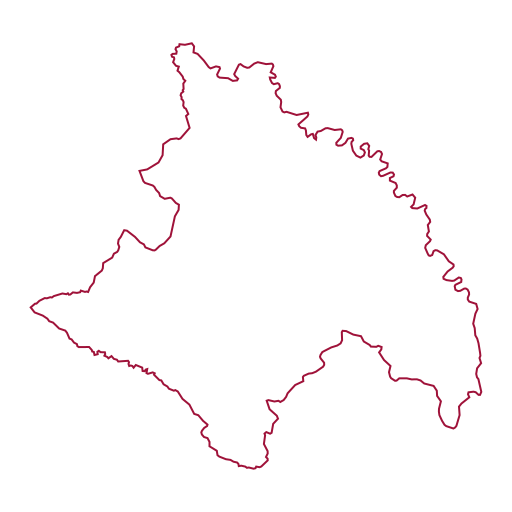 Uberlândia, Minas Gerais, Brazil
{"feature_id": "56859067B26403071497163", "entity_name": "Uberlândia", "entity_type": "district", "adm_level": 2, "iso_a3": "BRA", "parent_name": "Brazil", "parent_adm1": "Minas Gerais", "projection": "albers", "projection_center": [-48.327, -19.004], "detail": "fine", "context": "isolated", "style": "outline", "palette": "rose", "viewbox_px": 512, "rotation_deg": 0, "n_neighbors": 0, "source": "geoboundaries", "source_scale": "gbopen_adm2", "svg_char_len": 5994}
<svg xmlns="http://www.w3.org/2000/svg" viewBox="0 0 512 512"><path d="M179.5,44.2L179.2,46.3L176.0,47.6L175.5,49.2L176.7,51.4L176.3,53.7L172.6,53.9L171.4,54.9L172.0,56.7L174.0,57.4L174.3,59.0L173.1,62.2L176.0,65.8L178.8,66.6L177.5,70.7L179.3,72.2L182.7,76.6L183.4,79.0L185.3,80.8L183.3,83.6L183.6,89.0L182.7,90.2L183.3,91.6L181.2,93.3L180.6,95.3L181.6,97.1L181.5,99.1L182.9,100.3L183.6,102.1L183.2,105.6L184.3,107.8L185.9,108.7L188.3,114.0L186.0,116.0L189.6,127.9L180.5,138.4L178.6,139.1L176.6,138.4L170.5,139.2L163.2,144.3L162.6,155.2L158.5,162.5L147.2,169.4L139.5,170.9L143.4,181.2L145.0,182.9L152.8,185.5L154.4,186.9L156.1,189.9L159.1,193.0L160.1,196.1L164.7,198.8L170.3,197.7L171.8,198.4L175.8,202.9L178.9,204.7L178.6,209.9L174.9,216.3L170.5,236.5L164.3,243.3L159.6,246.0L155.8,249.7L154.6,250.4L152.8,250.3L145.4,247.4L143.9,244.4L140.0,242.3L135.0,236.9L127.0,230.7L124.2,230.2L120.8,236.9L118.6,239.8L118.0,243.6L119.3,246.9L118.2,250.4L117.2,251.9L113.9,253.7L112.2,257.6L103.2,263.1L102.8,268.3L101.8,270.6L95.0,276.1L93.7,282.6L90.1,287.2L88.1,292.0L86.6,291.5L85.0,291.9L80.8,290.6L80.2,292.2L77.0,292.9L72.9,292.4L70.3,294.5L68.9,294.7L67.9,293.3L66.4,294.2L62.4,293.5L53.8,296.1L51.9,297.5L50.3,297.2L46.9,298.3L44.7,298.1L39.4,300.8L36.5,303.6L35.0,303.7L30.7,307.4L34.6,312.4L42.8,315.6L47.4,318.7L49.2,321.2L53.1,322.6L59.1,328.5L65.3,330.6L67.0,332.8L69.5,338.6L71.6,339.4L74.0,342.6L76.9,344.1L77.4,346.2L78.9,347.1L89.1,347.0L91.8,350.0L92.2,351.5L93.8,351.9L94.5,355.0L97.7,354.2L97.4,351.8L98.8,350.8L100.6,352.2L104.9,352.3L105.2,354.1L104.4,355.7L107.3,357.0L108.4,358.3L111.5,356.1L113.9,358.9L116.9,359.7L118.2,361.5L128.1,360.8L129.0,362.2L128.5,363.9L129.2,366.0L130.8,365.5L132.4,366.0L133.6,367.7L135.8,365.0L142.2,367.6L142.6,371.0L144.7,371.2L145.7,369.6L147.2,369.1L146.5,373.1L147.9,373.8L152.7,372.4L154.7,373.3L154.0,374.7L159.4,380.1L161.3,380.4L163.6,384.3L167.4,386.5L168.9,388.7L173.9,390.7L175.3,390.1L177.8,391.5L182.5,398.9L189.4,404.6L194.2,413.9L198.3,415.2L203.1,420.9L207.5,424.6L207.1,426.0L204.2,427.9L202.0,430.7L201.3,432.4L201.9,434.5L204.0,437.0L207.5,438.1L209.5,441.9L209.5,446.3L216.8,450.8L217.5,455.2L219.3,456.6L225.9,459.2L230.5,459.9L233.5,461.7L237.1,462.5L238.4,463.9L238.8,466.1L241.3,465.7L245.3,466.6L246.9,467.8L248.8,467.5L253.6,468.7L255.5,468.2L256.2,466.6L259.6,467.2L261.3,466.5L267.7,460.4L267.6,458.7L266.0,457.0L267.7,453.5L267.6,451.1L263.9,444.0L265.1,435.3L264.5,433.6L266.3,432.1L270.1,433.7L271.6,432.8L273.2,423.8L278.0,418.7L276.8,415.7L269.6,409.3L266.7,400.7L268.4,400.1L274.4,401.5L278.5,400.8L280.3,402.0L281.8,401.1L283.6,400.1L286.1,396.9L287.6,393.3L295.2,385.0L303.3,381.2L302.9,377.0L303.8,375.8L308.7,373.6L312.2,373.2L315.9,371.7L323.1,366.7L324.2,364.8L324.1,362.7L320.7,358.5L320.0,356.8L320.5,355.0L322.3,352.1L324.1,351.1L331.3,347.4L337.3,345.5L340.6,343.4L342.1,340.2L341.8,332.2L342.6,330.8L346.2,331.1L353.3,334.6L361.0,336.2L363.8,341.5L369.7,345.0L370.9,346.6L376.4,346.8L378.2,345.8L381.6,347.0L381.3,349.4L379.1,352.4L384.0,360.0L390.5,366.0L389.0,372.2L390.1,376.6L391.1,378.2L395.1,380.8L396.6,380.6L399.3,378.3L406.7,378.3L411.6,379.4L416.9,379.3L420.6,380.5L424.2,383.5L433.6,385.9L436.8,390.7L437.1,395.9L440.9,401.3L439.0,408.7L438.9,411.6L439.4,415.1L442.0,420.7L444.5,424.8L446.2,426.1L453.4,428.5L455.1,427.5L456.4,425.9L459.6,415.1L459.0,406.6L461.5,403.5L469.3,397.3L468.0,394.2L468.5,392.3L473.5,391.7L475.7,392.2L478.6,394.9L480.0,394.9L481.3,391.9L478.4,379.1L477.0,377.3L476.2,373.9L477.1,368.3L481.1,363.2L479.5,358.0L480.4,355.8L480.1,353.0L478.5,343.2L477.2,338.6L475.3,335.3L474.7,328.1L473.2,323.7L475.4,313.6L477.6,309.0L476.2,303.9L469.2,301.6L467.8,299.5L467.8,297.6L469.1,294.5L469.0,292.4L467.6,289.6L465.8,288.5L464.2,288.6L460.3,290.8L458.0,291.1L455.4,289.7L454.7,286.2L455.4,284.8L461.2,282.0L461.5,279.5L460.8,278.0L458.8,277.5L454.2,280.6L452.1,280.9L446.5,280.1L443.6,278.8L443.3,276.9L447.6,271.5L452.7,267.7L453.7,266.2L453.5,264.5L448.8,261.3L443.9,254.3L437.2,250.4L435.3,250.2L433.6,251.1L432.2,255.0L430.1,255.9L428.7,255.4L427.7,253.6L425.2,247.9L425.8,245.2L430.0,241.2L430.7,239.6L427.1,235.9L427.2,234.0L428.9,231.5L427.8,225.0L430.2,221.9L429.8,219.6L426.3,214.5L424.7,210.7L425.1,209.1L426.4,208.0L426.5,205.9L425.0,205.0L417.3,208.5L412.3,208.1L411.1,206.9L413.6,204.4L415.2,197.7L412.5,194.5L407.2,196.5L405.1,194.9L402.6,195.0L399.3,197.2L397.1,197.0L395.4,196.0L393.9,192.6L393.9,190.9L396.8,187.7L396.8,185.4L395.6,183.0L389.9,180.6L389.9,178.0L393.5,176.3L394.0,174.5L392.7,172.6L390.4,172.5L383.1,175.8L381.0,176.2L379.2,174.6L378.8,172.7L379.6,171.1L386.0,168.3L387.4,166.9L387.7,163.4L381.6,161.3L380.2,159.5L382.0,154.0L381.1,152.0L379.1,151.0L377.3,151.3L371.5,156.9L369.6,156.8L368.7,155.6L369.1,150.6L368.3,149.2L369.2,145.9L367.3,143.3L364.1,143.8L360.7,146.6L360.7,148.6L363.8,150.1L364.9,152.4L363.8,155.5L360.4,157.6L356.3,155.6L352.9,150.7L351.3,143.8L351.6,141.9L353.2,140.2L352.9,138.6L351.5,137.9L348.0,138.6L345.4,142.9L341.9,145.4L338.1,145.7L336.4,144.7L336.3,142.8L340.8,137.9L342.7,131.9L342.2,130.3L340.8,129.3L334.7,130.0L327.7,128.1L325.5,128.3L320.8,131.0L317.6,131.6L315.5,135.0L316.3,137.4L316.0,139.6L314.1,138.1L312.8,133.9L311.1,134.3L307.6,136.9L306.3,135.0L305.9,130.4L305.1,128.4L301.0,127.8L299.2,126.2L298.4,124.4L307.4,116.5L308.3,114.5L307.9,112.7L296.6,115.0L286.5,111.8L284.3,112.4L282.5,111.5L280.5,107.3L281.2,102.0L280.8,99.7L276.7,95.7L275.6,93.1L275.9,91.0L279.8,87.9L279.9,86.2L279.1,84.1L277.7,83.2L273.8,84.2L272.0,83.0L270.2,79.5L269.8,77.5L274.9,77.9L275.8,76.6L275.0,74.7L270.7,72.3L273.4,66.2L272.9,64.5L271.8,63.6L266.1,64.1L257.8,62.2L254.2,63.6L249.3,67.5L247.2,67.8L243.6,66.4L240.5,64.1L238.9,64.7L234.2,74.1L235.2,76.0L238.1,78.7L237.1,80.4L232.8,80.9L228.1,78.2L219.6,77.6L217.7,76.4L217.1,74.5L220.0,68.6L219.5,67.1L216.0,66.4L210.5,68.4L208.7,67.1L203.8,60.5L197.6,53.9L193.5,52.4L194.1,46.4L191.8,43.3L185.0,44.8L179.5,44.2Z" fill="none" stroke="#9f1239" stroke-width="2"/></svg>